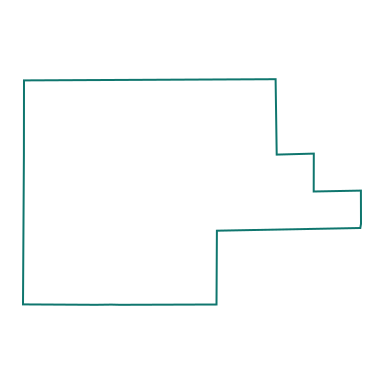 outline of Fulton, Indiana, United States of America
{"feature_id": "52423323B46497770256084", "entity_name": "Fulton", "entity_type": "district", "adm_level": 2, "iso_a3": "USA", "parent_name": "United States of America", "parent_adm1": "Indiana", "projection": "mercator", "projection_center": [-86.178, 41.041], "detail": "fine", "context": "isolated", "style": "outline", "palette": "teal", "viewbox_px": 384, "rotation_deg": 0, "n_neighbors": 0, "source": "geoboundaries", "source_scale": "gbopen_adm2", "svg_char_len": 312}
<svg xmlns="http://www.w3.org/2000/svg" viewBox="0 0 384 384"><path d="M275.6,79.2L24.0,80.4L23.9,155.2L23.0,304.4L95.8,304.8L111.4,304.6L119.6,304.8L216.5,304.5L216.9,230.7L360.3,228.0L361.0,223.9L360.9,190.6L313.7,191.5L313.8,153.6L276.7,154.6L275.6,79.2Z" fill="none" stroke="#0f766e" stroke-width="2"/></svg>